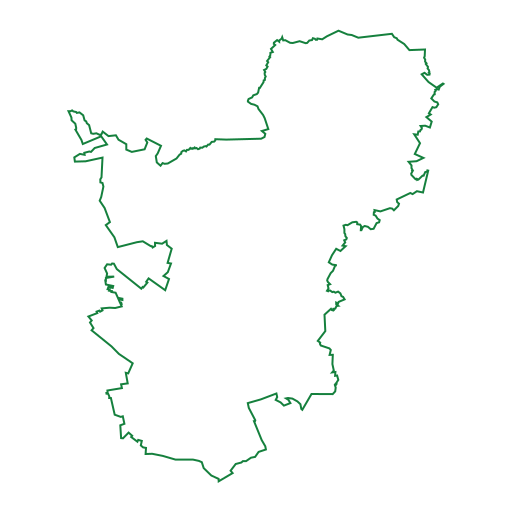 the district of San Luis de la Paz, Guanajuato, Mexico
{"feature_id": "50627088B5782289806416", "entity_name": "San Luis de la Paz", "entity_type": "district", "adm_level": 2, "iso_a3": "MEX", "parent_name": "Mexico", "parent_adm1": "Guanajuato", "projection": "albers", "projection_center": [-100.461, 21.381], "detail": "fine", "context": "isolated", "style": "outline", "palette": "green", "viewbox_px": 512, "rotation_deg": 0, "n_neighbors": 0, "source": "geoboundaries", "source_scale": "gbopen_adm2", "svg_char_len": 5994}
<svg xmlns="http://www.w3.org/2000/svg" viewBox="0 0 512 512"><path d="M338.3,379.9L337.1,375.5L335.1,375.8L335.4,372.0L332.2,372.4L333.8,370.5L332.4,364.1L332.8,354.8L329.6,354.9L330.8,350.0L329.4,348.4L320.8,345.5L319.9,343.8L320.2,342.6L317.8,340.9L325.3,331.1L324.5,314.7L331.0,308.8L331.9,310.1L333.4,310.5L333.9,310.0L333.5,308.8L335.3,308.6L336.5,306.0L338.2,305.8L336.2,304.2L336.2,302.6L338.0,303.6L338.6,301.9L344.6,299.4L343.1,296.9L341.5,296.2L340.4,293.4L338.1,291.6L335.4,292.7L333.8,291.7L332.3,292.1L330.1,290.5L329.0,290.5L328.2,291.3L327.0,290.8L328.5,288.4L327.7,285.1L330.1,284.2L327.9,282.0L327.2,280.5L327.5,279.1L330.7,273.1L333.0,270.8L335.1,265.7L336.7,265.2L332.3,264.6L328.8,262.3L332.0,255.2L336.2,248.8L340.4,251.0L345.6,246.2L342.6,245.6L345.2,242.4L344.2,240.3L346.3,239.4L346.8,238.0L345.4,236.2L345.2,234.1L344.4,233.0L344.4,229.1L343.5,225.6L345.8,224.8L347.5,225.2L352.3,222.3L356.2,221.8L357.2,222.4L357.2,224.2L360.1,224.6L361.1,226.1L360.8,230.2L361.4,230.2L362.8,227.1L364.7,226.0L367.9,226.8L370.7,229.2L373.6,228.8L376.6,223.1L379.1,222.3L379.7,220.1L377.5,218.6L375.6,215.6L373.7,214.8L373.9,212.2L374.8,211.9L374.5,210.1L380.4,211.4L389.9,208.2L392.2,208.6L393.9,210.3L398.2,206.0L399.0,203.7L397.2,202.1L396.7,199.5L410.3,193.0L412.6,194.1L416.9,191.2L423.0,192.5L428.2,170.6L427.4,170.4L427.1,171.6L425.2,172.1L423.6,175.7L422.6,175.6L418.4,179.6L417.6,179.8L417.8,179.3L416.6,178.7L415.5,179.2L411.4,174.9L411.2,173.6L412.4,171.5L412.1,170.8L412.8,170.5L411.5,168.1L411.5,165.4L408.6,161.8L416.6,161.2L423.4,157.9L414.8,154.0L420.0,143.2L414.2,134.3L417.7,134.7L418.3,131.5L420.0,131.4L420.4,130.1L421.5,129.4L421.9,128.0L420.6,126.0L425.2,125.7L429.9,127.5L431.7,121.6L426.4,117.1L430.7,114.5L428.9,113.3L432.5,107.1L434.2,107.7L436.3,107.2L438.2,104.3L437.3,102.4L434.4,101.5L431.3,98.4L433.9,94.5L434.7,94.3L434.6,92.0L435.7,90.8L435.3,89.8L437.3,89.2L438.7,89.6L439.8,86.7L443.5,83.9L442.9,83.5L436.6,87.7L428.5,82.0L421.7,74.3L424.5,72.8L427.2,74.8L429.5,74.6L429.7,73.5L428.8,72.5L429.4,71.9L428.9,70.0L427.6,68.5L428.0,66.9L425.8,64.0L426.5,63.3L425.1,61.6L425.2,59.6L424.1,57.7L424.7,56.2L425.0,49.5L409.4,50.1L404.2,44.0L397.5,39.7L396.8,38.3L394.2,37.2L391.9,33.8L358.3,37.7L351.7,35.0L347.6,34.5L338.5,30.7L326.9,36.3L322.2,39.3L317.4,38.5L317.1,39.7L315.8,39.8L314.9,38.8L312.9,38.2L312.0,40.1L309.3,40.5L307.2,42.9L305.7,43.2L299.6,41.2L292.8,43.0L290.1,42.8L285.3,40.2L283.2,40.4L282.2,37.2L281.6,38.7L279.2,40.5L279.2,41.7L277.1,40.1L273.9,42.7L273.8,43.9L275.2,45.0L271.0,48.9L272.8,52.0L270.4,52.8L270.3,55.2L269.4,56.7L270.1,57.2L267.1,61.0L268.2,62.2L266.3,65.4L267.6,66.6L266.3,68.9L264.1,70.0L265.3,72.0L264.6,73.0L264.8,74.9L265.7,76.5L264.9,78.0L264.9,79.9L263.7,80.4L263.5,82.2L259.8,88.0L259.1,87.9L258.1,92.6L256.8,94.1L253.3,95.3L252.1,97.4L248.6,99.0L247.9,100.7L247.9,101.6L251.1,103.9L254.4,104.7L257.5,106.3L258.5,109.0L263.1,115.0L264.7,118.2L268.3,129.1L261.9,131.0L265.3,133.8L264.5,137.0L261.2,138.7L226.3,139.6L215.3,139.2L215.2,140.5L214.2,141.6L211.7,141.9L209.5,144.6L208.1,144.6L206.5,146.5L205.9,146.1L203.7,146.6L202.4,147.7L200.2,147.6L199.7,148.6L198.0,149.2L196.5,148.0L195.1,148.4L194.6,147.5L192.8,148.8L192.1,148.2L191.1,148.8L190.3,148.0L188.6,149.9L186.9,149.9L186.0,151.4L184.3,150.4L182.8,150.9L181.3,152.2L181.2,153.7L179.6,154.6L176.5,158.5L167.8,163.5L164.6,163.8L162.6,163.1L160.5,165.7L156.8,162.4L155.8,156.1L157.7,153.4L161.0,145.8L146.7,138.5L145.6,139.8L147.3,142.5L144.6,149.3L131.8,151.9L126.3,149.6L126.3,144.2L118.5,139.7L115.9,135.3L108.5,136.1L102.7,131.6L101.4,134.4L99.6,134.8L96.4,133.3L93.2,133.8L91.2,133.3L89.1,125.1L86.8,123.2L86.2,121.4L84.6,120.4L83.2,115.3L79.5,112.4L76.8,112.9L76.1,112.0L73.3,111.4L72.1,110.4L70.6,111.2L68.5,111.2L71.4,117.5L71.6,120.3L75.3,123.7L76.2,127.9L76.1,129.3L75.4,129.6L81.4,139.9L82.8,144.0L101.2,136.3L107.0,144.5L94.7,148.0L91.0,151.9L89.3,151.5L84.3,152.8L84.6,154.8L79.9,153.9L74.3,157.4L74.9,161.6L85.6,161.3L102.5,157.6L101.5,177.4L100.3,179.3L100.4,182.4L102.5,183.0L103.4,186.6L101.2,197.0L99.7,200.7L104.6,208.0L109.9,222.1L105.8,225.1L114.4,237.3L117.8,247.1L136.9,242.2L142.8,241.3L150.7,246.1L151.8,246.1L152.6,247.5L155.1,246.0L155.0,242.8L162.1,243.7L166.5,240.9L166.9,245.0L171.7,248.7L167.6,262.9L171.0,263.5L167.8,272.2L163.5,276.0L169.0,279.0L165.2,290.2L148.6,278.4L146.2,281.8L147.4,282.6L143.3,287.5L142.6,287.0L141.3,288.7L116.8,269.1L113.9,263.7L112.1,263.5L111.1,264.7L107.1,264.3L104.6,268.0L107.1,273.5L106.5,276.7L114.2,276.6L105.9,278.0L105.9,280.7L105.3,280.6L105.9,284.5L113.2,286.0L112.7,287.9L108.4,287.0L107.6,289.2L109.6,289.5L109.1,290.7L111.8,291.1L111.5,292.0L115.6,292.7L117.9,297.8L122.4,298.7L122.4,300.0L118.5,299.2L119.9,302.4L121.2,302.6L121.5,303.6L120.4,303.4L121.7,306.4L115.2,308.0L109.6,307.7L101.7,308.4L102.5,310.4L100.1,311.7L99.4,310.6L96.6,311.6L97.3,313.1L88.4,316.5L91.7,320.5L90.0,322.5L93.5,328.1L91.6,330.3L111.5,346.4L118.9,353.9L132.7,363.3L128.2,373.4L125.8,372.8L127.7,383.4L121.1,384.3L121.9,388.1L107.4,390.5L107.6,392.9L106.4,393.0L106.5,393.7L108.1,393.7L109.3,396.4L109.2,398.0L110.9,398.0L114.7,414.7L120.8,416.9L122.8,416.3L124.4,423.8L120.3,425.3L121.1,438.1L123.0,438.3L128.6,432.6L132.2,435.8L131.2,437.0L137.4,441.7L138.2,439.9L141.8,440.9L140.8,445.4L143.1,447.4L146.0,447.9L145.6,454.0L152.2,453.8L162.8,455.9L175.5,459.6L193.0,459.6L198.9,460.9L201.8,462.2L203.7,468.1L211.3,475.5L218.6,478.9L218.7,481.3L232.6,473.1L230.6,470.7L235.7,464.0L241.4,462.5L242.9,461.1L246.1,461.1L251.0,457.7L255.1,456.9L258.6,451.9L265.9,449.5L265.3,446.3L261.7,440.1L254.0,421.2L255.0,421.1L255.3,420.3L248.8,407.9L247.8,403.1L260.8,399.4L276.4,393.5L277.2,397.1L275.7,399.9L280.6,402.4L283.9,405.6L290.4,403.1L288.4,399.8L286.1,398.4L288.0,398.0L292.4,398.6L297.4,401.4L300.4,404.2L301.3,408.9L302.3,409.8L311.5,394.0L332.7,394.1L335.2,391.4L335.7,387.6L334.8,384.8L335.4,384.0L336.2,384.5L336.5,384.0L335.9,383.6L338.3,379.9Z" fill="none" stroke="#15803d" stroke-width="2"/></svg>